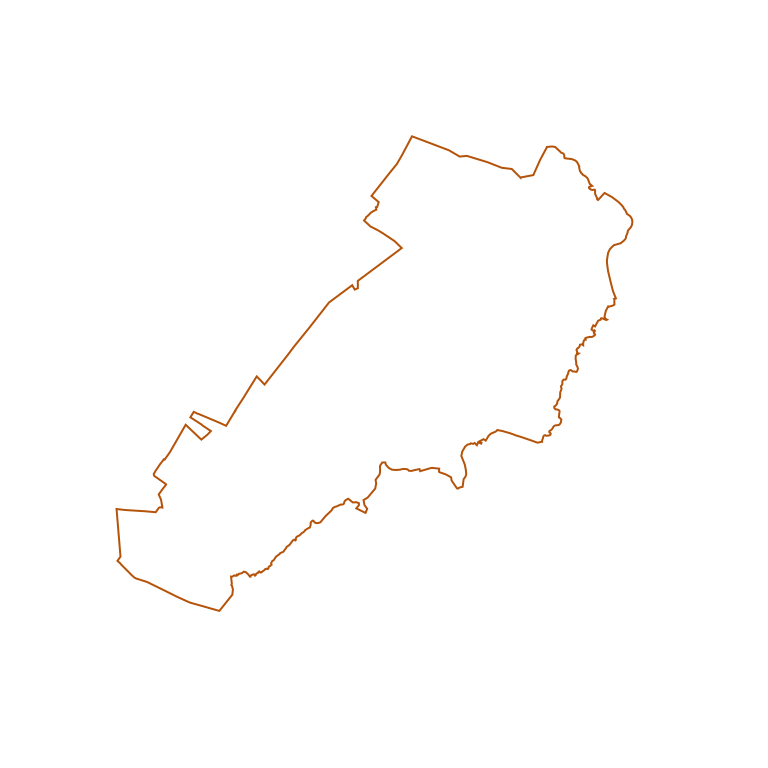 El Salto, Jalisco, Mexico, rotated 299°
{"feature_id": "50627088B25488559154572", "entity_name": "El Salto", "entity_type": "district", "adm_level": 2, "iso_a3": "MEX", "parent_name": "Mexico", "parent_adm1": "Jalisco", "projection": "orthographic", "projection_center": [-103.259, 20.539], "detail": "fine", "context": "isolated", "style": "outline", "palette": "amber", "viewbox_px": 768, "rotation_deg": 299, "n_neighbors": 0, "source": "geoboundaries", "source_scale": "gbopen_adm2", "svg_char_len": 6133}
<svg xmlns="http://www.w3.org/2000/svg" viewBox="0 0 768 768"><g transform="rotate(299 384 384)"><path d="M670.3,411.6L670.1,411.7L655.8,411.9L639.1,413.3L630.9,403.4L630.6,403.5L634.0,391.5L630.2,382.2L628.2,367.1L623.7,345.9L619.6,339.9L619.9,327.5L614.2,288.4L592.7,288.8L582.6,288.6L570.3,286.4L542.4,281.9L540.5,291.2L535.5,292.2L534.7,291.2L532.8,292.8L529.8,290.7L527.8,289.6L522.6,288.1L521.5,287.5L519.5,287.7L517.3,287.3L515.2,296.0L515.5,304.0L515.3,309.6L514.1,324.0L511.5,333.6L461.5,311.1L455.1,314.7L452.4,312.6L455.0,308.3L428.7,296.4L395.9,291.2L373.3,287.2L363.2,285.8L325.6,279.8L327.4,274.2L328.9,269.0L302.7,267.7L288.7,266.7L288.6,267.0L287.9,267.1L287.7,266.8L270.9,266.2L270.3,258.4L267.9,236.2L267.7,235.8L267.4,231.1L261.0,230.8L260.1,244.1L259.8,244.8L258.9,255.4L254.0,254.1L246.8,251.2L252.2,230.3L220.6,229.8L211.5,228.8L211.5,228.0L205.1,227.0L197.2,226.3L193.5,226.3L192.4,227.3L192.2,227.9L190.7,241.8L190.4,242.2L184.9,241.3L178.2,240.5L174.8,245.0L168.5,250.1L167.8,248.3L167.2,247.5L166.6,247.1L161.2,246.5L156.7,236.4L148.3,218.7L145.0,210.7L105.3,237.2L100.1,236.6L99.3,240.2L98.8,241.2L94.4,256.4L93.7,259.4L93.7,261.4L96.0,272.9L97.6,306.5L98.4,316.6L98.8,320.5L105.7,350.0L126.2,353.5L131.0,351.5L133.3,349.4L133.9,348.7L134.1,348.0L135.6,347.7L141.4,343.6L141.7,344.5L142.1,344.8L143.8,345.7L144.1,346.1L144.3,347.2L144.9,348.1L145.3,348.1L145.9,347.7L146.2,347.8L146.4,348.9L147.8,349.3L148.8,350.6L149.6,351.3L151.9,352.4L152.5,354.2L151.6,357.7L150.5,360.1L150.6,360.5L150.8,360.7L151.8,360.3L152.3,360.5L154.1,362.0L154.6,362.8L153.8,364.0L154.0,364.2L154.4,364.4L156.1,364.3L157.1,364.8L157.8,365.5L158.2,365.5L158.7,365.3L159.6,365.7L159.3,367.6L159.5,367.9L161.1,368.5L163.3,369.7L164.1,369.7L165.0,370.2L165.5,370.8L165.6,371.6L166.0,372.2L166.4,372.3L168.1,371.8L169.1,372.2L169.6,372.6L171.4,373.3L172.5,372.2L173.4,372.1L174.9,372.1L176.6,373.0L180.5,373.2L183.7,374.6L184.0,374.9L184.6,375.1L185.8,375.2L188.1,377.1L188.7,377.3L189.6,377.5L190.8,377.5L192.8,377.9L194.4,377.8L196.4,378.9L198.2,379.5L200.2,379.7L203.3,380.2L204.0,380.6L204.4,381.1L204.1,382.3L204.4,382.5L207.0,381.6L207.8,381.7L208.9,382.2L210.1,383.2L212.0,384.0L213.5,384.3L215.2,385.3L216.6,385.8L217.9,385.9L218.9,386.4L221.1,387.6L222.5,388.7L225.1,388.2L226.7,387.3L227.6,387.1L229.7,387.6L230.1,388.1L230.0,389.0L229.5,390.0L229.3,391.6L230.4,393.8L232.2,395.4L240.0,396.9L247.7,399.3L249.2,399.5L250.5,399.3L252.7,400.6L253.8,401.8L257.4,404.4L258.6,406.3L259.6,406.9L260.6,406.8L261.4,406.5L262.7,406.4L264.4,407.1L266.3,408.3L265.3,414.1L266.2,415.7L267.1,416.7L267.6,419.8L265.9,420.8L261.8,420.1L262.3,430.3L266.7,429.8L268.7,425.6L272.5,422.4L276.9,424.8L288.3,427.0L293.2,425.4L296.1,423.1L302.4,424.0L305.0,423.3L310.5,420.2L314.5,420.5L316.0,423.2L314.3,424.8L312.9,428.8L312.9,432.4L314.4,435.8L316.8,439.5L318.4,441.2L319.7,443.2L320.8,446.0L320.2,447.8L321.2,450.0L324.7,453.8L326.8,456.3L325.3,457.9L333.1,465.6L333.9,466.6L336.7,473.3L334.3,474.5L333.7,475.1L334.9,481.7L334.9,487.9L332.3,490.0L328.1,498.4L328.4,499.4L329.4,499.8L330.6,500.8L332.2,502.6L338.8,500.0L339.6,499.8L342.4,500.2L345.1,499.6L348.7,497.1L352.7,493.7L358.6,486.5L362.9,485.2L368.6,485.3L371.6,486.5L373.1,488.3L374.1,488.6L375.0,491.2L376.4,491.9L375.5,494.9L378.8,494.7L379.0,497.9L379.8,497.8L379.8,495.1L384.0,497.8L383.8,500.4L389.4,500.6L392.3,501.5L396.3,504.6L397.5,505.2L398.4,505.3L399.0,505.9L399.2,507.2L400.2,510.1L402.1,518.3L402.8,522.5L402.9,524.0L403.9,528.3L406.2,541.2L406.8,545.2L407.2,546.8L408.7,548.6L409.8,549.7L410.1,550.3L411.8,549.5L413.3,549.4L414.4,549.0L415.9,548.8L416.9,549.2L417.4,549.8L417.4,550.8L417.7,551.6L419.3,553.6L420.1,554.0L421.2,554.0L421.8,553.1L421.9,552.1L422.5,551.6L423.4,551.6L424.3,552.3L426.2,552.9L428.7,552.9L429.9,553.2L431.0,554.1L431.9,555.5L433.3,557.0L434.5,557.3L436.3,557.3L438.8,556.4L439.4,555.1L439.6,553.3L441.6,552.2L445.3,550.8L445.8,550.1L445.8,548.3L445.1,546.5L445.2,545.5L445.6,544.6L446.8,543.8L448.0,544.5L450.0,544.9L451.1,544.9L452.6,544.2L453.9,544.1L454.8,544.4L456.7,544.5L457.7,544.4L462.3,542.1L464.7,541.9L466.1,541.5L467.4,540.1L468.3,539.9L469.5,540.1L470.7,540.0L472.2,538.9L473.2,538.7L474.9,538.9L475.8,540.6L476.6,540.9L478.2,540.6L478.9,540.2L479.8,540.1L481.5,540.1L485.0,539.3L485.4,539.4L486.0,539.7L486.7,540.5L486.5,542.8L486.6,543.4L487.3,544.5L487.7,546.2L488.3,546.6L489.5,546.6L490.7,546.4L491.7,546.0L492.4,545.3L494.4,542.5L495.6,542.0L498.9,539.4L501.5,538.1L502.4,538.0L503.2,538.3L503.9,539.0L505.1,539.5L504.6,537.9L506.0,537.2L507.0,535.9L508.1,535.8L508.8,535.9L509.1,536.2L509.6,536.2L510.4,536.7L511.2,536.8L513.4,536.4L514.6,537.8L514.5,539.4L516.2,538.4L518.8,537.8L519.9,538.0L520.5,538.9L521.5,537.9L522.0,537.9L524.9,541.0L525.9,543.0L527.3,544.0L528.7,544.5L528.7,544.3L529.8,544.4L529.9,543.8L530.6,542.6L532.5,542.8L533.0,542.0L532.0,541.2L532.2,539.2L533.2,538.8L536.8,538.6L536.7,540.7L543.1,540.6L545.3,542.3L546.6,542.0L547.2,542.8L547.7,547.4L548.4,547.9L548.4,546.3L549.6,544.3L555.6,542.5L560.5,542.5L560.4,543.0L562.2,544.8L563.3,545.9L564.6,546.8L565.2,547.0L565.8,546.8L566.3,546.3L569.5,544.6L570.0,544.0L571.3,545.3L576.2,539.3L582.2,533.6L591.4,525.2L597.6,520.6L600.1,519.1L602.9,518.0L607.5,516.4L611.7,516.2L616.8,517.7L621.9,522.8L625.7,524.3L627.8,524.8L628.9,524.8L630.9,524.0L632.2,524.0L635.1,523.5L635.7,523.1L636.9,523.1L641.0,523.9L643.0,523.8L645.5,523.0L647.6,521.7L648.7,520.5L649.9,518.5L650.2,517.6L650.6,513.8L650.9,513.4L651.4,513.1L653.2,510.4L653.5,509.1L654.7,507.6L655.8,504.8L656.9,500.7L658.0,492.9L658.0,484.3L648.7,482.0L648.8,481.0L650.0,480.1L652.5,476.6L656.0,474.5L655.9,473.5L654.8,472.5L654.4,470.6L654.4,469.7L654.9,468.2L655.6,467.9L656.3,468.2L658.2,470.0L658.8,466.9L662.5,462.5L663.3,459.9L663.4,456.3L663.9,455.4L663.9,454.6L664.2,454.0L664.9,453.2L665.1,452.3L668.2,449.5L668.9,449.4L669.6,448.6L669.8,448.0L671.1,446.3L671.8,444.8L672.2,443.2L672.0,440.7L671.5,438.5L669.9,434.8L669.1,432.5L670.1,431.5L671.3,430.9L672.4,429.5L672.5,428.4L672.2,427.1L674.3,418.8L673.2,415.8L670.3,411.6Z" fill="none" stroke="#b45309" stroke-width="2"/></g></svg>